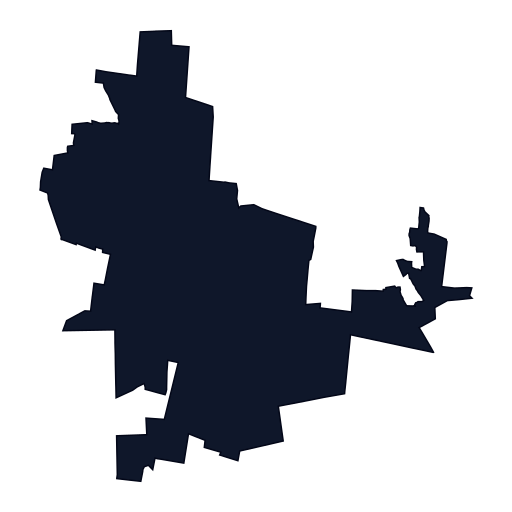 the district of Muxupip, Yucatán, Mexico
{"feature_id": "50627088B24454448227409", "entity_name": "Muxupip", "entity_type": "district", "adm_level": 2, "iso_a3": "MEX", "parent_name": "Mexico", "parent_adm1": "Yucatán", "projection": "natural_earth1", "projection_center": [-89.31, 21.056], "detail": "fine", "context": "isolated", "style": "filled", "palette": "ink", "viewbox_px": 512, "rotation_deg": 0, "n_neighbors": 0, "source": "geoboundaries", "source_scale": "gbopen_adm2", "svg_char_len": 4337}
<svg xmlns="http://www.w3.org/2000/svg" viewBox="0 0 512 512"><path d="M433.5,352.3L430.7,347.2L422.3,332.9L419.1,327.6L435.3,318.8L434.8,307.5L447.3,300.6L459.0,299.6L472.0,298.2L469.5,295.7L471.8,287.9L470.4,287.8L466.6,287.6L460.0,287.9L454.4,288.1L441.6,286.6L446.9,243.4L447.0,241.7L446.3,240.6L446.2,239.4L434.2,234.1L428.0,233.0L427.6,231.6L427.8,228.3L428.3,226.3L428.3,225.5L429.0,221.1L429.1,218.0L428.7,217.0L428.9,215.6L425.0,211.9L424.0,210.1L423.5,208.0L420.1,207.5L419.9,211.4L419.4,216.3L419.1,217.5L419.3,222.1L419.0,224.8L418.7,228.3L417.5,228.9L410.4,228.1L409.9,229.7L409.7,232.1L409.1,233.9L409.1,235.7L409.4,236.4L410.2,238.6L410.7,245.5L412.9,245.9L415.3,245.6L416.0,246.4L416.5,247.2L416.7,247.8L416.4,249.0L416.8,251.4L416.9,251.9L423.5,251.8L423.8,260.2L424.6,266.6L421.8,266.7L421.3,270.5L420.7,270.6L418.2,269.2L415.9,269.2L411.7,267.4L411.5,263.1L411.7,261.7L407.2,261.4L404.8,260.4L403.0,259.4L401.2,259.6L396.5,260.6L397.7,263.0L398.9,266.4L403.4,276.4L405.7,274.7L407.1,273.3L408.6,273.1L409.2,276.2L409.6,278.4L410.4,278.7L411.0,279.4L412.6,282.7L413.2,283.9L415.0,286.1L416.1,289.1L417.3,290.6L418.3,292.5L420.8,295.5L423.8,300.5L422.0,301.6L418.0,301.6L417.1,302.4L415.7,302.8L414.7,304.7L415.2,306.1L413.7,305.8L412.6,306.0L406.9,305.8L406.5,305.6L403.1,299.8L403.0,298.5L402.0,296.7L401.1,295.4L400.7,293.9L400.0,291.7L400.4,289.7L400.0,287.1L397.9,287.1L396.2,287.8L395.5,287.2L394.7,286.1L385.9,287.6L385.9,289.3L383.3,289.5L383.1,291.2L375.4,290.6L366.1,290.6L356.8,290.2L352.4,290.0L352.2,301.5L351.5,312.0L350.3,311.8L346.6,311.3L334.1,309.7L327.2,308.8L320.0,307.9L320.3,305.4L320.4,303.4L305.7,304.6L306.0,296.7L306.5,286.2L307.2,278.6L308.0,269.4L308.9,260.4L310.7,259.4L313.4,247.1L313.2,242.2L313.2,241.2L314.2,236.3L315.8,228.0L315.8,226.4L276.6,213.6L265.8,210.0L261.8,208.6L253.8,204.7L240.8,206.0L238.8,208.0L237.4,201.9L237.0,200.1L236.7,199.0L236.8,197.9L237.4,191.5L237.5,190.5L237.1,188.4L236.2,183.6L229.1,182.9L224.9,182.0L224.5,182.3L218.4,181.6L209.0,180.6L210.1,163.2L210.5,157.7L210.6,155.6L211.7,139.4L213.2,117.0L212.6,106.6L185.5,97.5L189.0,46.8L171.7,45.3L171.3,30.7L155.8,31.2L155.2,31.2L155.1,31.3L140.2,31.9L137.5,64.2L136.7,76.1L130.3,75.2L129.0,75.1L125.2,74.5L123.7,74.3L120.4,73.8L117.9,73.5L116.7,73.3L106.2,71.8L96.4,70.0L96.3,70.4L95.4,82.2L103.4,83.1L104.1,87.5L105.7,90.8L108.4,95.1L109.9,98.9L109.9,99.5L115.0,109.9L115.6,111.4L116.4,112.3L118.6,114.6L118.5,115.3L118.3,118.3L118.9,120.3L119.1,121.4L118.6,124.2L117.5,123.3L115.8,123.3L115.3,122.9L114.3,122.8L112.7,123.1L111.1,123.2L109.2,122.7L108.2,122.6L107.5,122.7L106.7,122.5L104.7,123.0L100.7,123.3L98.6,122.8L98.1,122.7L97.3,122.3L96.3,121.9L92.0,120.7L92.2,124.1L87.5,122.7L72.1,124.3L71.7,133.6L74.4,133.7L75.0,134.5L73.4,143.0L73.9,145.4L67.7,146.3L67.4,147.6L67.4,150.6L67.9,152.9L54.2,155.5L52.5,169.8L43.8,168.2L42.2,172.2L40.6,181.8L40.4,187.3L40.0,190.0L47.6,193.0L48.2,195.5L48.4,199.5L56.4,223.1L61.3,236.9L61.0,239.0L61.4,239.6L62.4,239.6L76.1,244.6L76.4,243.1L79.9,244.5L95.1,250.1L95.1,249.9L95.2,249.7L95.8,246.8L98.9,248.1L102.7,249.1L102.6,252.1L102.6,252.4L110.5,254.3L107.6,268.1L105.3,279.9L104.2,284.9L94.0,283.2L92.5,295.3L92.3,296.6L90.6,311.2L85.6,310.9L84.7,310.9L77.5,314.8L66.6,320.7L62.9,330.7L114.9,329.8L115.0,340.3L115.0,340.9L115.0,342.0L115.0,342.9L115.1,347.1L115.3,353.9L115.4,363.7L115.8,383.6L115.8,383.8L115.9,386.6L116.1,397.8L126.3,393.1L128.0,392.3L130.7,391.1L131.8,390.6L132.8,390.1L137.2,386.9L144.1,383.5L145.2,387.1L145.2,389.3L149.0,390.3L158.0,392.8L160.3,393.4L165.1,394.7L165.8,392.9L166.6,389.6L166.6,386.8L166.8,377.9L166.9,372.2L167.2,367.9L167.4,365.3L167.7,360.3L178.2,362.5L178.2,362.8L164.3,419.4L146.0,418.1L146.8,434.7L116.6,435.8L117.3,474.7L116.8,478.2L116.8,478.3L116.8,478.6L130.8,480.2L140.8,481.3L142.7,471.6L142.9,469.5L144.3,466.7L148.4,465.3L152.7,469.7L155.0,458.1L155.3,458.2L157.4,458.7L161.0,459.2L183.8,463.1L188.5,433.7L195.2,436.4L205.1,440.3L204.3,447.4L220.9,452.2L219.7,455.0L237.9,460.7L239.7,451.0L272.0,443.6L283.2,441.0L278.3,406.2L309.0,400.3L324.0,397.3L344.6,393.7L344.8,391.0L345.7,382.7L345.8,381.5L348.4,355.2L349.5,344.7L350.5,334.7L360.1,336.8L393.5,343.9L401.8,345.7L412.9,348.1L415.4,348.6L418.7,349.3L424.9,350.6L433.2,352.4L433.3,352.4L433.5,352.3Z" fill="#0f172a" stroke="#020617" stroke-width="1.5"/></svg>